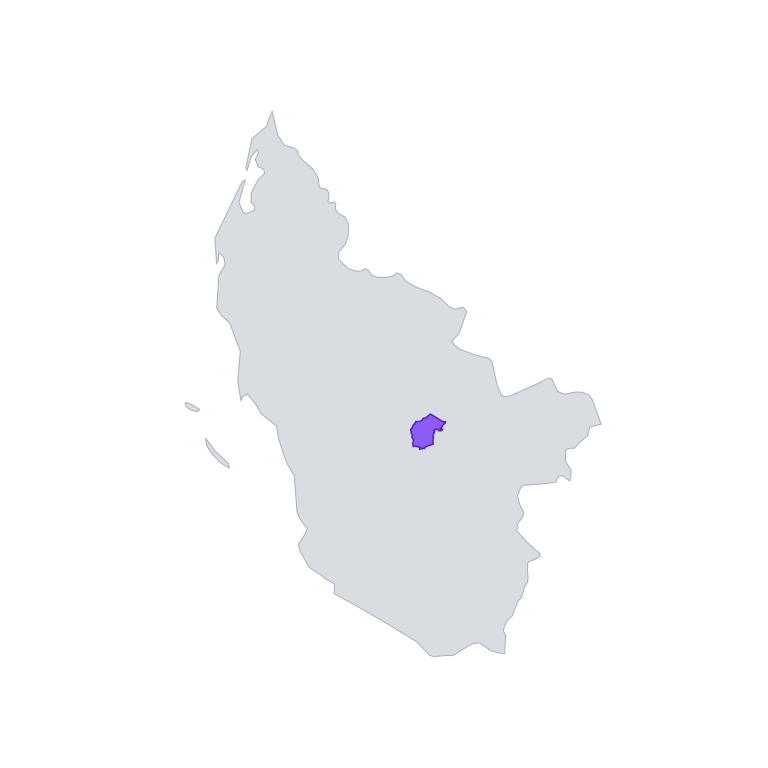 Guaimaca, Francisco Morazán, Honduras shown in context, rotated 253°
{"feature_id": "27666195B96410778118504", "entity_name": "Guaimaca", "entity_type": "district", "adm_level": 2, "iso_a3": "HND", "parent_name": "Honduras", "parent_adm1": "Francisco Morazán", "projection": "natural_earth1", "projection_center": [-86.911, 14.489], "detail": "fine", "context": "in_parent", "style": "filled", "palette": "violet", "viewbox_px": 768, "rotation_deg": 253, "n_neighbors": 0, "source": "geoboundaries", "source_scale": "gbopen_adm2", "svg_char_len": 6063}
<svg xmlns="http://www.w3.org/2000/svg" viewBox="0 0 768 768"><g transform="rotate(253 384 384)"><path d="M677.5,356.7L653.1,355.1L641.6,358.5L636.6,366.2L632.3,369.7L628.7,368.9L621.4,371.9L610.4,378.8L600.5,381.3L591.7,379.7L589.1,381.4L588.4,383.6L587.1,385.8L583.6,387.0L579.7,386.3L575.3,383.9L572.9,385.0L572.7,389.4L570.3,390.6L565.8,388.5L560.7,390.1L555.0,395.5L547.1,396.6L536.8,393.5L528.9,387.7L523.2,379.2L516.5,377.1L504.7,383.4L499.8,390.8L498.7,395.4L499.9,399.5L497.7,402.2L492.3,403.6L488.1,408.6L485.3,417.3L484.7,424.0L486.4,428.8L483.7,432.3L476.5,434.5L468.1,442.0L458.3,454.8L448.6,463.7L438.9,468.8L434.3,474.4L434.6,480.6L434.0,482.5L432.2,483.2L429.0,484.1L410.3,470.6L405.0,461.3L400.3,462.7L394.5,467.4L386.3,478.0L377.4,492.3L373.1,493.9L351.0,491.8L339.3,493.0L336.9,495.0L335.8,500.2L336.5,507.2L339.7,532.5L341.5,542.9L339.8,546.1L333.8,546.6L326.1,548.1L321.9,552.9L320.9,557.8L320.4,564.6L318.0,571.7L313.2,576.8L308.5,578.6L282.1,579.9L282.6,568.2L275.0,563.5L270.7,553.8L266.9,547.2L268.1,543.2L267.8,538.5L257.0,534.9L247.0,537.7L241.2,535.9L237.0,533.4L244.3,527.6L244.8,524.1L242.4,521.6L240.0,519.9L240.8,513.3L242.3,505.6L246.4,487.6L244.8,484.4L238.1,479.0L229.6,478.5L220.3,480.2L215.8,477.4L211.8,471.2L205.1,468.2L193.3,473.2L180.7,480.6L176.9,483.3L173.7,483.0L172.3,477.4L171.7,470.8L170.9,469.2L164.2,466.8L156.4,465.1L152.4,463.3L148.7,458.8L139.4,453.0L137.3,448.7L124.8,438.8L122.3,433.9L119.4,430.3L113.4,425.8L108.7,426.9L92.9,421.2L90.5,420.7L92.8,415.8L97.8,408.1L108.7,399.6L109.6,392.6L106.8,379.4L103.9,370.8L105.5,367.0L108.9,351.5L111.6,348.0L127.3,340.2L128.7,339.1L141.2,328.1L154.9,316.0L169.3,302.6L185.2,287.7L194.0,278.9L198.1,275.1L207.3,278.2L214.5,271.2L218.7,268.8L228.5,260.3L231.5,258.5L247.9,255.0L255.8,255.1L262.7,263.7L268.1,268.4L278.5,264.3L287.1,263.4L322.9,271.4L337.1,267.9L363.2,267.1L374.9,269.1L391.5,257.8L402.1,255.5L414.6,250.2L412.9,244.8L409.9,242.4L429.0,244.8L457.3,256.2L487.5,254.2L498.4,248.0L505.5,246.2L536.4,258.0L544.6,267.0L551.0,267.9L555.9,265.9L557.2,264.0L551.1,262.0L548.4,259.2L572.8,264.8L618.8,307.5L619.8,311.0L600.2,298.4L589.8,299.3L587.1,301.4L587.7,308.3L588.7,311.5L593.1,311.9L596.4,310.0L604.5,312.3L609.9,316.9L616.4,323.9L620.4,331.5L624.6,331.7L628.7,327.1L636.5,326.5L641.6,331.6L645.2,331.3L640.1,323.4L628.3,315.5L631.1,315.1L657.3,329.4L664.8,347.2L671.0,351.3L677.5,356.7ZM368.9,203.1L353.8,211.8L349.0,211.6L356.0,204.9L367.1,199.2L376.6,196.4L384.4,197.6L368.9,203.1ZM420.7,193.9L413.5,200.3L412.2,197.4L415.6,191.5L420.0,188.1L424.2,188.4L423.2,191.0L420.7,193.9Z" fill="#d9dde1" stroke="#a8b0b8" stroke-width="1"/><path d="M341.2,420.1L341.3,420.0L341.3,419.7L341.5,419.4L341.5,418.9L341.4,418.6L339.3,413.8L339.7,412.7L339.7,411.4L339.7,410.9L338.4,410.4L337.8,408.2L337.7,408.2L337.6,407.9L338.4,404.8L338.8,403.6L338.8,403.4L338.7,403.2L338.4,402.9L338.1,402.8L337.9,402.6L337.7,402.5L337.5,402.4L337.4,402.4L337.2,402.1L336.8,402.0L336.8,401.9L336.9,401.6L336.9,401.2L336.7,401.0L336.7,400.7L336.5,400.3L336.3,400.1L336.1,399.9L336.0,399.7L335.8,399.7L335.6,399.6L335.4,399.5L335.0,399.2L334.9,398.9L334.7,398.8L334.5,398.7L334.3,398.5L334.2,398.3L334.1,398.2L333.9,398.2L333.7,398.2L333.4,398.0L333.3,397.9L333.3,397.7L333.4,397.4L333.4,397.1L333.1,396.8L333.0,396.7L332.6,396.1L331.9,396.0L331.5,396.1L331.4,396.0L331.0,396.0L330.4,395.9L328.6,395.7L328.0,396.1L326.5,396.2L326.1,395.5L325.1,395.2L323.9,395.3L323.3,395.5L323.1,395.6L322.4,395.9L322.1,396.0L321.8,395.8L321.6,395.6L321.5,395.4L321.4,395.4L320.8,395.3L320.1,395.3L319.1,394.2L315.7,393.7L315.8,394.1L315.7,394.3L315.8,394.5L315.7,394.8L315.7,395.1L315.7,395.3L315.4,395.6L315.2,395.8L315.1,396.0L315.0,396.5L314.8,396.6L314.7,396.8L314.6,397.0L314.5,397.3L314.4,397.3L314.1,397.8L313.4,399.6L313.2,399.7L313.1,399.8L312.9,399.9L312.8,400.0L312.7,400.0L312.6,399.9L312.4,399.8L312.2,399.5L311.9,399.4L311.8,399.2L311.6,399.1L311.4,399.1L311.2,399.0L311.0,399.3L311.2,399.5L311.3,399.5L311.3,399.8L311.5,400.1L311.4,400.1L311.4,400.4L311.4,400.5L311.4,400.8L311.4,401.1L311.5,401.1L311.4,401.2L311.2,401.2L311.2,401.3L311.1,401.5L311.0,401.8L311.1,402.0L310.8,402.3L310.9,402.6L310.7,402.8L310.7,403.1L310.7,403.3L310.8,403.4L310.7,403.4L310.5,403.5L310.6,403.8L310.7,404.0L310.8,404.2L310.8,404.3L311.0,404.5L311.3,404.8L311.5,405.2L311.9,406.0L312.0,411.4L312.0,413.5L312.4,413.5L314.1,413.9L315.9,414.3L317.3,415.2L317.5,415.3L317.6,415.6L317.8,415.7L318.0,415.6L318.3,415.5L318.4,415.4L318.6,415.4L318.8,415.3L319.0,415.5L319.3,415.4L319.5,415.4L319.8,415.3L320.0,415.4L320.3,415.5L320.4,415.8L320.5,415.8L320.7,416.0L320.9,416.2L321.1,416.5L321.3,416.7L321.5,416.8L321.8,417.0L322.1,417.3L322.3,417.6L322.5,417.7L322.6,417.4L322.8,417.4L322.8,417.5L322.9,417.9L322.9,418.0L323.0,418.1L323.5,418.2L323.8,418.3L323.9,418.6L324.0,418.6L324.3,418.5L324.5,418.4L324.6,418.5L325.0,418.5L325.3,418.5L325.3,418.3L325.4,418.2L325.5,418.2L325.4,421.0L325.2,421.0L325.0,421.3L325.1,421.5L325.0,421.8L324.9,422.0L324.7,422.1L324.6,422.4L324.6,422.5L324.4,422.6L324.2,422.5L323.8,422.5L323.5,422.8L323.3,423.2L323.2,423.2L323.2,423.3L323.0,423.5L322.9,423.8L322.9,424.0L322.7,424.2L322.7,424.4L322.7,424.6L322.7,425.0L322.8,425.0L322.9,425.3L323.0,425.4L323.1,425.5L322.9,425.6L322.8,425.8L322.9,426.0L323.0,426.1L323.2,426.3L323.2,426.5L323.3,426.5L323.5,426.6L323.5,426.4L323.8,426.2L323.9,425.7L324.0,425.5L324.1,425.4L324.1,425.5L324.3,425.6L324.4,425.4L324.5,425.3L324.8,425.3L324.9,425.2L324.9,425.3L325.0,425.3L325.1,425.5L325.2,425.8L325.4,425.8L325.5,425.9L325.4,426.0L325.5,426.1L325.8,426.2L325.8,426.3L325.9,426.5L325.9,426.8L326.0,427.0L326.3,427.1L326.5,427.3L326.8,427.7L326.9,427.9L327.1,427.9L327.4,428.0L327.6,428.4L327.7,428.7L327.8,429.0L328.0,429.1L328.1,429.4L328.3,429.7L328.3,429.8L328.3,430.0L328.3,430.3L328.3,430.5L328.4,430.8L328.6,430.8L328.9,430.8L329.0,431.0L329.2,431.3L329.3,431.4L329.5,431.4L329.8,431.4L330.0,431.6L330.1,430.1L330.4,429.9L333.3,427.0L337.8,423.1L341.2,420.1Z" fill="#8b5cf6" stroke="#5b21b6" stroke-width="1.5"/></g></svg>